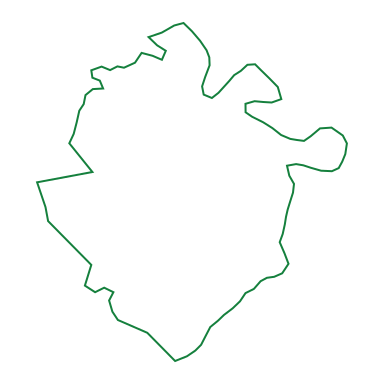 outline of Cristal do Sul, Rio Grande do Sul, Brazil
{"feature_id": "56859067B17915120062012", "entity_name": "Cristal do Sul", "entity_type": "district", "adm_level": 2, "iso_a3": "BRA", "parent_name": "Brazil", "parent_adm1": "Rio Grande do Sul", "projection": "albers", "projection_center": [-53.236, -27.433], "detail": "fine", "context": "isolated", "style": "outline", "palette": "green", "viewbox_px": 384, "rotation_deg": 0, "n_neighbors": 0, "source": "geoboundaries", "source_scale": "gbopen_adm2", "svg_char_len": 1402}
<svg xmlns="http://www.w3.org/2000/svg" viewBox="0 0 384 384"><path d="M148.6,37.1L157.1,45.3L165.8,50.8L161.9,59.8L152.6,55.8L141.6,52.9L135.0,62.7L124.0,67.7L117.4,66.4L110.1,70.1L101.6,66.6L91.3,70.3L92.4,77.7L99.8,80.6L103.1,88.5L92.8,89.1L85.5,95.1L83.7,104.1L79.3,110.7L76.7,122.3L73.7,133.9L69.3,143.3L92.4,172.0L37.1,182.3L45.5,207.1L48.1,221.1L91.3,264.9L84.9,285.6L95.1,292.2L104.2,287.7L113.4,292.2L109.1,300.5L112.4,311.7L117.9,320.0L147.3,332.8L175.1,361.0L186.9,356.3L195.3,350.6L201.1,344.8L204.9,337.4L210.3,327.0L218.0,320.7L223.9,315.0L232.7,308.3L240.0,301.3L245.5,293.1L253.9,288.9L260.6,281.2L266.9,277.8L274.2,276.8L282.2,273.3L288.5,263.8L284.5,253.3L279.7,242.2L282.7,234.0L284.8,224.5L286.0,216.9L287.7,209.5L290.4,200.8L293.0,192.6L294.0,183.9L289.3,175.7L287.0,165.7L296.1,164.1L303.3,165.3L310.9,167.8L321.1,170.7L331.9,171.2L338.7,168.1L342.2,161.7L345.3,154.1L346.9,143.4L342.8,135.5L331.5,127.6L320.0,128.4L310.6,136.3L304.0,140.9L297.0,140.0L290.3,138.9L281.1,135.0L272.4,128.1L263.2,122.3L252.2,116.8L245.6,112.3L245.5,103.8L254.6,101.2L263.2,102.0L271.7,102.5L281.3,99.1L277.8,87.0L269.5,78.5L261.1,70.3L255.1,64.3L247.4,64.8L240.8,70.9L234.2,75.1L229.3,80.9L218.5,92.8L211.9,98.0L203.7,94.6L202.1,86.4L205.1,77.2L209.6,65.3L209.3,57.4L206.6,50.3L200.1,40.8L192.0,31.3L183.5,23.0L174.2,25.5L161.8,32.6L148.6,37.1Z" fill="none" stroke="#15803d" stroke-width="2"/></svg>